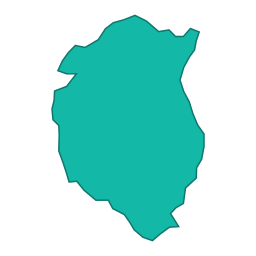 outline of Várzea Paulista, São Paulo, Brazil
{"feature_id": "56859067B65846864645175", "entity_name": "Várzea Paulista", "entity_type": "district", "adm_level": 2, "iso_a3": "BRA", "parent_name": "Brazil", "parent_adm1": "São Paulo", "projection": "albers", "projection_center": [-46.824, -23.221], "detail": "fine", "context": "isolated", "style": "filled", "palette": "teal", "viewbox_px": 256, "rotation_deg": 0, "n_neighbors": 0, "source": "geoboundaries", "source_scale": "gbopen_adm2", "svg_char_len": 826}
<svg xmlns="http://www.w3.org/2000/svg" viewBox="0 0 256 256"><path d="M199.2,32.0L190.4,28.5L183.4,36.5L175.5,36.5L169.0,29.9L158.7,31.6L146.3,21.0L135.0,15.4L123.4,19.9L113.3,22.7L105.4,28.8L98.3,39.7L85.1,47.4L75.3,45.5L68.2,52.8L62.4,60.9L57.9,70.7L66.6,73.8L76.4,73.8L66.6,86.4L54.6,91.0L54.1,100.3L52.0,109.0L53.0,119.7L58.8,125.5L59.2,134.6L58.8,151.0L62.8,161.9L66.2,172.2L69.1,182.0L76.8,181.3L84.0,190.2L95.9,200.2L108.3,200.2L112.8,208.6L124.4,214.6L130.2,223.0L134.2,229.8L143.0,237.3L152.5,240.6L159.9,234.2L169.4,227.2L178.7,226.6L170.5,213.5L176.0,207.7L183.4,203.4L185.5,188.0L196.3,178.0L196.6,167.8L201.6,159.3L204.0,146.6L204.0,134.0L197.7,125.1L192.9,113.7L189.2,101.7L183.9,91.9L180.0,80.1L183.7,67.5L189.5,56.8L194.5,50.0L196.3,40.6L199.2,32.0Z" fill="#14b8a6" stroke="#0f766e" stroke-width="1.5"/></svg>